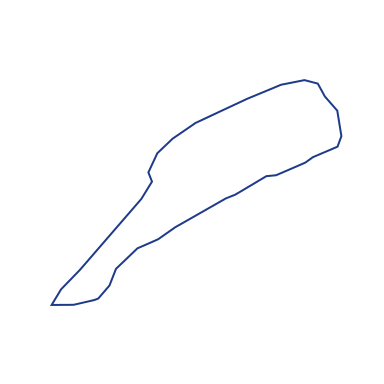 the district of Unanu, Federated States of Micronesia, rotated 261°
{"feature_id": "79324940B35725319521289", "entity_name": "Unanu", "entity_type": "district", "adm_level": 2, "iso_a3": "FSM", "parent_name": "Federated States of Micronesia", "parent_adm1": "", "projection": "mercator", "projection_center": [150.339, 8.753], "detail": "fine", "context": "isolated", "style": "outline", "palette": "blue", "viewbox_px": 384, "rotation_deg": 261, "n_neighbors": 0, "source": "geoboundaries", "source_scale": "gbopen_adm2", "svg_char_len": 541}
<svg xmlns="http://www.w3.org/2000/svg" viewBox="0 0 384 384"><g transform="rotate(261 192 192)"><path d="M102.4,35.7L99.1,57.4L100.6,78.5L101.4,82.7L112.6,95.9L128.0,104.9L144.9,129.3L150.6,151.1L159.8,169.9L180.4,224.5L182.6,234.3L196.0,267.9L195.4,277.7L203.3,308.5L207.5,316.9L214.0,342.8L223.8,348.3L249.6,348.2L265.5,338.2L279.4,333.2L284.9,320.6L284.0,296.7L275.4,261.0L259.7,206.4L247.7,181.2L235.7,163.8L218.2,152.0L208.5,154.1L193.1,140.9L132.6,69.1L116.4,47.5L102.4,35.7Z" fill="none" stroke="#1e3a8a" stroke-width="2"/></g></svg>